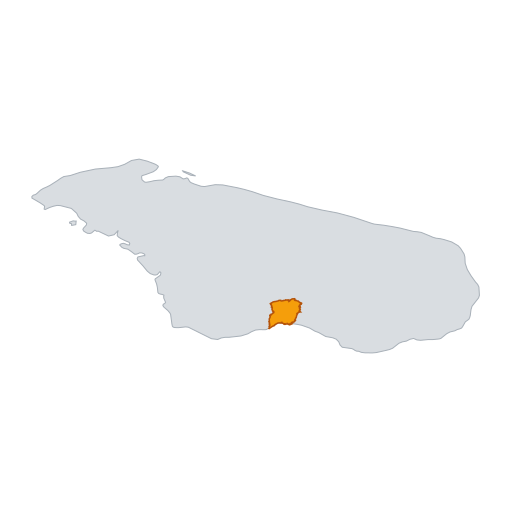 Belo Sur Tsiribihina, Menabe, Madagascar shown in context, rotated 268°
{"feature_id": "10022922B50417492685621", "entity_name": "Belo Sur Tsiribihina", "entity_type": "district", "adm_level": 2, "iso_a3": "MDG", "parent_name": "Madagascar", "parent_adm1": "Menabe", "projection": "natural_earth1", "projection_center": [44.851, -19.66], "detail": "fine", "context": "in_parent", "style": "filled", "palette": "amber", "viewbox_px": 512, "rotation_deg": 268, "n_neighbors": 0, "source": "geoboundaries", "source_scale": "gbopen_adm2", "svg_char_len": 8335}
<svg xmlns="http://www.w3.org/2000/svg" viewBox="0 0 512 512"><g transform="rotate(268 256 256)"><path d="M330.9,45.7L332.2,49.1L333.7,52.4L338.4,60.4L340.4,63.4L342.1,66.7L342.9,73.2L345.8,83.3L348.5,98.5L349.3,114.0L350.1,121.2L352.2,127.9L355.8,134.9L356.9,142.6L354.6,150.6L351.4,158.2L350.6,159.6L349.1,161.5L348.4,161.4L345.9,159.5L343.8,156.3L341.3,148.8L340.3,145.0L339.2,144.4L336.2,144.7L333.9,147.1L333.5,148.6L334.0,152.8L334.8,156.6L335.1,160.5L335.2,165.4L336.0,166.8L337.2,168.1L338.4,171.2L338.6,178.8L337.8,182.7L335.6,185.9L335.8,187.8L336.5,189.6L335.8,190.7L332.9,192.2L331.7,193.4L330.1,196.8L327.6,203.6L327.2,207.1L328.7,217.7L328.2,225.2L324.9,239.6L323.0,246.5L320.4,254.6L316.3,265.4L312.3,278.9L308.8,292.8L306.3,301.2L303.4,309.4L299.5,324.0L296.2,338.8L291.2,355.1L284.4,373.2L283.7,375.6L282.3,384.8L280.7,392.9L278.9,400.9L275.1,414.0L274.6,418.1L273.8,422.0L270.1,430.2L268.6,433.3L267.5,436.6L266.9,440.7L265.8,444.7L263.2,452.1L259.2,458.4L256.5,460.7L250.8,464.0L247.8,464.7L241.4,464.8L235.1,466.7L228.6,470.3L222.3,474.5L219.9,476.5L217.2,477.7L208.9,477.9L206.4,477.0L198.2,470.1L194.9,469.0L188.8,468.0L187.0,467.4L185.3,466.5L182.9,462.9L178.0,459.9L176.8,458.9L176.0,456.8L175.5,454.6L174.3,452.1L173.3,447.2L171.7,443.9L167.2,437.9L166.7,436.0L166.3,429.7L166.5,425.4L166.0,417.6L166.5,413.9L168.1,410.6L167.4,407.0L165.7,403.3L165.1,399.4L163.8,395.8L159.1,389.4L157.9,386.3L157.2,383.0L155.3,372.9L155.1,369.3L155.4,361.8L156.0,358.0L157.2,355.3L157.4,353.3L158.2,351.6L159.3,350.2L160.1,348.6L161.8,339.0L164.1,336.9L167.4,335.7L170.1,333.2L171.6,329.8L173.1,322.9L177.3,316.0L178.8,312.3L182.2,306.9L185.2,299.2L186.1,295.5L186.8,291.8L187.6,283.7L188.1,279.6L188.0,275.6L186.3,271.4L182.2,263.9L182.0,262.5L182.3,257.0L182.0,252.9L180.5,248.9L178.5,245.1L176.6,238.1L175.7,226.4L175.8,222.1L175.3,218.4L173.9,214.8L174.9,208.6L187.2,185.9L187.6,183.3L187.1,176.3L187.3,172.3L187.8,170.8L188.7,170.0L190.8,169.6L200.8,168.6L202.1,167.9L204.6,166.0L208.0,162.3L209.6,161.2L211.0,161.6L211.8,163.2L212.9,164.0L217.0,162.4L218.5,162.3L220.1,162.6L220.8,161.1L221.3,159.0L221.9,157.5L223.0,156.7L228.2,156.3L231.5,155.7L235.8,154.2L236.7,154.5L240.1,159.7L241.2,160.1L242.5,160.4L243.7,159.4L240.9,156.7L240.5,155.2L240.6,153.4L242.1,149.7L244.7,146.8L250.3,142.5L256.1,137.5L257.8,137.2L259.2,138.0L260.3,143.9L260.1,144.8L261.1,145.0L262.1,144.2L263.1,141.9L263.2,139.9L262.4,138.0L262.0,136.4L262.0,134.9L264.9,131.4L267.3,128.1L268.3,124.1L269.3,122.3L271.7,120.2L272.4,120.6L273.0,122.2L273.3,124.0L272.7,125.8L271.8,127.5L271.4,129.8L272.8,130.3L274.1,129.7L276.0,125.5L278.2,121.5L279.5,119.5L281.1,118.0L283.8,118.3L286.4,119.2L282.2,115.0L281.1,109.3L286.3,99.3L286.3,97.3L287.1,96.6L287.4,95.8L284.8,92.5L284.3,90.8L284.6,88.3L285.9,86.1L287.1,84.5L288.7,83.9L290.0,84.7L292.8,87.5L294.7,87.9L297.1,85.3L299.0,82.0L301.8,79.7L305.0,78.3L310.0,73.1L313.2,62.2L313.5,59.0L312.8,55.2L311.7,51.5L309.8,46.9L310.3,45.9L313.0,46.5L313.9,45.9L316.8,41.9L321.7,34.1L323.3,34.1L324.6,35.6L325.1,37.7L326.1,39.2L329.3,42.9L330.9,45.7ZM297.2,76.3L297.2,77.5L293.6,77.0L293.0,72.8L294.8,72.7L295.2,71.0L296.3,70.8L297.5,74.5L297.2,76.3ZM341.2,192.5L338.1,198.5L339.0,193.5L342.7,186.2L343.7,185.7L341.2,192.5Z" fill="#d9dde1" stroke="#a8b0b8" stroke-width="1"/><path d="M183.1,266.4L183.0,266.6L183.1,266.8L184.7,269.2L185.4,270.6L185.5,270.7L185.6,270.8L185.6,271.1L185.5,271.3L185.8,272.0L185.8,271.9L185.9,272.0L186.0,272.0L186.5,272.2L186.8,272.7L186.8,272.8L186.8,273.0L187.1,273.2L187.4,273.8L188.0,275.0L188.3,275.7L188.4,277.1L188.2,278.4L188.3,278.7L188.5,278.9L188.6,279.0L188.6,278.9L188.8,279.0L188.7,279.5L188.4,279.7L188.4,279.4L188.3,279.2L188.2,279.1L188.2,279.4L188.1,279.5L187.8,280.6L187.7,280.7L187.5,281.3L187.2,281.6L187.3,281.7L187.2,282.0L187.3,282.2L187.3,282.3L187.2,282.5L187.4,282.5L187.2,282.6L186.9,282.7L187.0,282.9L187.1,283.0L186.9,283.3L187.1,284.7L187.3,285.0L187.2,285.3L187.1,285.5L186.9,285.6L187.0,285.5L187.0,285.4L186.8,285.7L186.8,285.8L186.7,285.9L186.7,286.3L186.4,286.6L186.2,286.8L186.3,286.9L186.2,286.9L186.2,287.1L186.1,286.8L186.2,287.7L186.3,288.1L186.6,288.6L186.6,288.8L186.7,289.0L186.8,288.9L186.8,289.0L187.0,289.3L186.9,289.4L187.0,289.3L187.3,289.1L187.2,289.0L187.7,288.8L187.9,289.0L187.6,289.3L187.9,289.3L187.9,289.5L187.7,289.9L187.9,290.0L188.0,290.1L188.0,290.3L188.3,290.2L188.6,290.0L188.7,290.3L188.5,290.6L188.6,291.2L188.8,291.7L189.0,291.7L189.1,292.0L189.2,292.3L189.9,292.8L189.9,292.5L190.1,292.5L190.2,292.4L190.3,292.5L190.5,292.5L190.5,292.8L190.7,292.7L190.9,292.7L191.1,292.9L191.3,292.9L191.6,293.3L192.4,293.4L192.5,293.6L192.9,293.7L193.3,294.1L194.1,294.3L195.0,294.5L195.5,294.8L195.8,294.9L196.0,295.0L196.4,294.9L196.4,295.0L196.5,295.2L196.6,295.3L196.7,295.2L196.9,295.4L197.2,295.5L197.3,295.4L197.5,295.9L197.7,296.1L197.9,296.1L198.0,296.3L198.3,296.5L198.4,296.8L198.4,297.9L198.6,298.3L198.6,298.5L198.7,298.4L198.7,298.2L199.0,297.9L199.1,297.7L199.6,297.8L199.7,298.0L199.9,298.0L200.0,297.7L199.9,297.6L199.9,297.4L200.0,297.4L200.4,297.6L200.4,297.8L200.6,297.8L200.7,298.0L200.8,298.1L201.1,298.2L201.2,298.4L201.7,298.2L201.8,298.0L202.0,297.8L202.3,297.8L202.5,297.6L202.7,297.8L202.7,298.0L202.8,298.1L203.1,298.4L203.2,298.2L203.4,298.1L203.7,298.4L203.9,298.4L204.1,298.2L204.1,297.3L204.3,297.4L204.4,297.6L204.6,297.7L204.6,297.8L204.8,297.7L205.1,297.6L205.4,297.8L205.4,298.1L205.6,298.6L205.8,298.6L206.0,298.6L206.1,299.0L206.3,299.4L206.3,299.6L206.6,299.7L207.2,300.0L207.3,299.9L207.6,299.4L207.6,299.2L207.6,298.8L207.8,298.8L207.9,298.6L207.7,298.4L207.9,298.2L208.1,297.9L208.3,297.8L208.5,297.4L208.8,297.3L209.0,297.1L209.4,296.9L209.4,296.7L209.6,295.6L210.1,295.0L210.3,294.4L210.1,293.9L210.2,293.7L210.3,293.7L210.3,293.3L210.4,293.2L210.6,293.5L210.8,293.3L211.0,293.3L211.1,293.2L211.5,293.4L211.6,293.2L211.9,293.1L212.0,292.9L211.9,291.9L211.9,291.7L211.9,290.9L211.8,290.4L211.7,290.3L211.5,290.1L211.1,289.1L210.5,288.7L210.4,288.3L210.3,288.2L210.2,288.3L210.3,288.4L210.3,288.5L210.2,288.4L210.0,288.2L209.8,287.9L210.2,288.0L210.2,287.7L210.2,287.4L210.3,287.3L210.2,287.3L210.0,287.2L210.3,287.2L210.2,287.1L210.1,286.9L210.4,286.8L210.3,286.7L210.6,286.4L210.9,286.5L211.0,286.5L211.0,286.4L210.9,286.2L211.0,285.7L210.9,284.7L211.1,284.4L211.1,284.0L210.7,283.7L210.6,283.3L210.6,283.2L210.7,282.4L210.4,282.0L210.4,281.7L210.5,281.5L210.5,281.3L210.3,280.9L210.2,280.6L210.2,279.7L210.3,279.4L210.5,279.2L210.8,279.2L210.9,278.6L210.8,278.4L210.9,277.5L210.8,277.3L210.7,277.3L210.5,276.8L210.3,276.5L210.2,275.7L210.1,275.2L209.9,274.5L209.9,274.2L209.8,273.6L209.8,273.1L209.7,272.6L209.6,272.0L209.5,271.5L209.4,271.4L209.2,270.9L209.0,270.7L208.7,270.0L208.5,269.8L208.5,269.7L208.4,269.6L208.1,268.8L207.9,268.6L207.6,268.8L207.3,268.9L207.2,269.0L207.1,269.5L206.7,269.3L206.3,269.5L206.0,269.6L205.9,269.9L205.5,270.0L205.4,269.9L205.2,269.8L205.0,270.0L204.7,270.1L204.6,269.8L204.4,269.7L204.3,270.1L204.0,270.2L203.9,270.4L203.5,270.3L203.5,270.2L203.3,270.2L203.1,270.3L202.7,270.4L202.3,270.1L202.0,270.3L201.2,270.4L201.1,270.5L200.9,270.7L200.3,270.7L200.2,271.2L200.2,271.4L200.0,271.7L199.9,271.7L199.8,271.8L199.6,271.8L199.1,271.8L198.8,271.8L198.6,271.5L198.3,271.0L198.4,270.9L198.2,270.8L197.7,270.2L197.4,269.8L197.2,269.6L197.2,269.3L197.2,269.1L197.2,268.9L196.8,268.8L196.7,268.6L196.4,268.8L195.9,268.5L195.8,268.3L195.9,268.0L196.0,267.7L195.9,267.7L195.6,267.7L195.1,268.0L194.4,268.0L193.6,267.6L193.4,267.5L193.1,267.2L192.7,267.1L191.7,267.0L191.0,267.1L190.7,267.0L190.4,267.0L190.3,266.8L190.1,266.6L189.8,266.6L189.5,267.1L189.2,267.1L188.9,267.1L188.7,267.0L187.9,266.9L187.3,267.0L187.1,266.9L186.8,267.1L186.9,267.3L186.3,267.2L186.2,267.3L186.1,267.2L185.7,266.9L185.3,267.0L185.2,267.0L185.3,266.9L185.2,266.8L185.1,267.0L184.6,267.1L184.3,267.0L184.1,266.8L183.7,266.9L183.1,266.4ZM187.1,285.2L186.9,285.2L186.7,285.6L186.5,286.2L186.8,285.8L186.8,285.5L187.1,285.2ZM187.3,281.3L187.1,281.3L186.9,281.5L186.7,282.3L186.8,282.4L186.7,282.3L186.8,282.0L187.0,281.5L187.1,281.4L187.3,281.3ZM186.9,282.6L186.7,282.7L186.7,282.8L186.9,282.9L186.9,282.6ZM187.1,281.8L186.9,281.9L186.8,282.1L186.8,282.3L186.9,282.2L187.0,282.3L186.9,282.1L187.0,281.9L187.1,281.8Z" fill="#f59e0b" stroke="#b45309" stroke-width="1.5"/></g></svg>